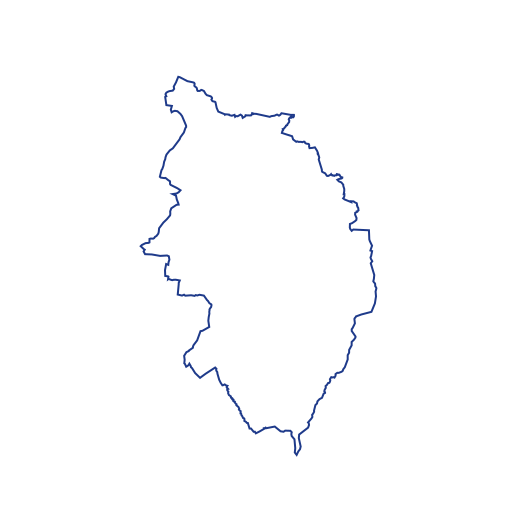 the district of Mioarele, Arges, Romania, rotated 62°
{"feature_id": "2599482B82004798024884", "entity_name": "Mioarele", "entity_type": "district", "adm_level": 2, "iso_a3": "ROU", "parent_name": "Romania", "parent_adm1": "Arges", "projection": "orthographic", "projection_center": [25.1, 45.232], "detail": "fine", "context": "isolated", "style": "outline", "palette": "blue", "viewbox_px": 512, "rotation_deg": 62, "n_neighbors": 0, "source": "geoboundaries", "source_scale": "gbopen_adm2", "svg_char_len": 6107}
<svg xmlns="http://www.w3.org/2000/svg" viewBox="0 0 512 512"><g transform="rotate(62 256 256)"><path d="M354.4,346.4L354.6,346.0L354.7,343.9L355.9,343.4L357.2,342.2L357.6,343.1L358.1,343.5L360.3,343.0L360.2,344.0L361.2,344.4L362.9,344.1L363.9,345.0L366.0,345.2L368.2,344.1L369.2,344.6L369.7,344.5L370.3,343.8L371.3,344.3L371.6,344.2L371.9,343.4L372.3,343.3L373.3,344.1L374.5,343.2L374.7,343.6L377.0,343.2L377.8,342.8L378.6,343.4L381.0,342.4L383.0,342.5L383.6,343.2L385.1,342.8L385.8,342.4L387.6,343.5L387.8,343.2L388.1,343.1L390.0,343.6L390.8,343.3L392.9,343.5L393.6,342.8L394.4,342.7L396.2,343.7L397.7,342.7L399.0,342.5L399.6,341.6L405.3,342.7L406.0,341.4L410.1,340.6L410.6,339.5L412.5,339.4L412.6,335.2L412.4,329.9L411.8,329.8L412.2,328.8L412.1,328.1L412.8,328.0L415.4,319.5L422.3,316.6L424.1,314.2L423.9,312.2L426.5,307.7L428.4,307.2L429.8,308.4L431.7,309.0L435.9,308.1L444.2,311.6L447.7,314.0L450.7,313.5L448.4,310.4L447.3,307.9L445.2,306.0L436.9,303.7L433.9,301.7L432.0,290.6L430.1,288.5L428.4,287.9L427.4,288.2L425.5,283.3L424.6,281.8L422.6,281.0L422.0,279.6L420.8,277.8L419.8,277.4L415.5,273.5L414.9,271.4L413.2,270.0L412.2,267.1L412.2,264.3L409.3,260.9L409.3,259.3L408.7,259.0L407.5,259.2L406.4,258.2L405.2,256.3L403.5,255.6L403.1,253.9L402.0,252.0L402.4,250.8L401.7,249.7L400.7,248.8L399.5,248.6L398.3,246.4L399.2,245.4L399.4,244.4L400.2,243.8L399.1,242.0L397.6,241.2L397.3,239.1L398.0,237.8L398.4,234.8L398.1,233.3L397.0,232.2L395.9,229.8L390.4,223.6L386.6,221.6L385.1,219.2L382.6,217.8L379.8,213.5L376.8,211.9L375.9,208.8L374.7,206.5L373.8,205.9L367.2,206.7L365.6,205.9L364.8,204.3L361.9,200.3L357.8,198.7L357.2,197.9L356.9,196.9L356.3,196.1L357.1,190.4L359.5,180.3L353.7,173.3L348.0,169.0L343.5,167.1L341.2,165.0L340.3,164.7L338.8,164.9L336.2,163.8L334.5,164.2L333.4,164.3L331.6,162.7L328.3,160.5L316.3,158.1L315.2,155.8L312.6,155.9L311.1,155.6L310.8,155.3L310.0,154.3L306.2,151.2L304.9,152.4L303.6,151.1L301.4,148.7L296.4,148.5L294.6,148.2L286.3,144.2L278.3,157.7L278.7,159.7L276.3,160.1L274.9,159.8L271.8,158.0L272.1,155.8L271.7,152.0L271.3,150.5L269.7,149.4L266.0,149.1L264.4,148.1L264.5,146.0L264.0,145.9L264.2,145.4L263.8,144.0L262.4,143.6L262.0,143.3L261.1,143.1L260.0,143.4L259.2,143.0L258.6,143.1L257.9,142.6L256.7,142.3L254.9,143.6L253.6,144.2L252.2,146.5L253.1,146.7L247.7,151.2L246.0,152.0L245.3,150.6L244.5,149.8L242.5,148.7L242.4,148.7L242.3,149.3L240.1,147.6L238.2,146.6L235.0,146.0L234.0,145.5L231.1,146.1L229.0,147.8L226.9,148.4L226.9,147.3L227.1,146.0L227.6,144.6L227.7,143.7L227.5,143.1L227.1,142.9L226.4,143.7L225.6,144.1L223.4,144.2L223.1,144.4L222.9,145.5L222.2,145.5L221.6,146.2L222.4,147.3L221.7,149.0L221.9,149.4L220.5,150.5L220.6,150.9L219.5,151.3L219.0,151.3L219.3,152.0L219.2,154.7L218.7,155.6L218.3,155.8L215.5,156.1L212.8,158.0L211.9,157.9L210.6,157.3L200.2,155.3L198.7,153.9L195.9,153.4L195.3,153.7L194.7,153.5L194.8,153.2L194.6,153.0L191.8,152.7L187.7,153.0L187.1,155.2L185.9,158.1L184.1,157.7L183.6,157.2L182.3,156.8L181.7,157.0L180.9,158.2L179.9,159.2L179.3,159.5L177.9,159.5L177.4,160.3L177.3,161.6L176.3,162.7L175.2,164.9L174.3,165.6L173.9,166.5L174.0,166.9L170.5,168.5L167.2,167.9L159.5,175.4L158.1,174.1L157.6,173.0L156.5,172.8L156.7,171.9L156.5,171.0L156.1,170.6L155.6,168.9L155.0,168.4L154.9,167.4L155.1,167.0L154.4,166.3L153.3,163.9L152.0,163.0L150.8,163.0L150.1,162.2L149.5,160.4L149.4,159.4L149.5,159.2L150.5,159.7L150.6,158.5L150.7,157.8L150.9,157.7L150.3,156.8L149.2,156.3L147.6,159.2L141.9,166.5L142.7,168.2L142.9,169.6L142.8,169.9L141.2,170.8L140.9,171.4L140.8,173.8L139.7,176.8L139.6,178.5L130.6,189.1L129.6,190.8L129.5,191.3L129.3,191.1L128.1,192.3L128.5,192.6L129.5,194.4L129.0,195.5L128.4,196.4L128.0,197.3L126.8,199.1L127.6,199.8L127.8,202.9L125.5,202.5L123.9,203.3L124.0,206.6L123.1,207.9L123.3,209.1L121.3,208.7L120.8,211.5L119.1,213.4L118.5,213.4L116.6,216.3L116.7,217.1L116.1,217.1L110.8,221.5L106.8,221.2L101.2,219.6L100.6,219.8L99.0,221.6L98.2,221.9L96.9,221.9L96.3,220.9L95.8,220.6L94.5,220.7L93.7,221.1L90.9,223.9L89.0,224.4L85.9,224.5L84.1,225.8L83.6,226.4L83.8,227.2L83.8,228.3L82.9,230.0L82.1,230.1L80.1,229.5L79.4,229.5L77.2,230.5L76.7,230.5L75.1,229.3L74.0,229.3L73.0,230.2L69.4,234.5L62.4,239.3L61.3,240.5L65.2,245.2L67.8,249.1L70.0,249.8L70.9,251.9L69.8,255.0L69.6,256.6L69.7,258.5L70.6,259.9L72.8,260.2L72.6,260.9L72.9,261.5L80.7,264.3L84.0,259.8L86.8,262.5L89.5,263.0L89.4,261.1L89.7,259.5L91.3,257.4L95.1,256.0L97.8,255.6L108.0,256.5L109.3,257.1L109.9,258.3L113.1,261.7L115.6,266.9L117.1,268.7L121.9,278.9L122.3,282.5L124.4,287.4L126.3,289.5L127.9,290.7L129.6,292.8L132.8,295.3L135.2,297.9L135.8,299.1L140.9,303.7L142.0,303.3L144.2,300.4L144.4,299.5L144.7,299.2L148.5,297.6L149.1,297.0L150.0,297.0L152.1,298.1L153.1,298.0L159.3,293.6L162.5,291.8L163.4,294.3L163.5,296.8L162.2,300.5L165.2,298.3L168.9,299.4L172.6,299.8L174.3,300.2L173.5,302.1L174.1,308.4L176.3,310.8L178.6,311.9L179.8,312.8L181.7,317.5L183.0,322.1L186.0,328.5L189.1,330.6L190.4,331.8L191.6,334.5L191.7,336.2L192.4,337.6L192.4,338.7L191.2,340.7L190.9,342.0L194.0,343.7L194.0,344.6L192.8,347.5L192.7,351.6L193.2,353.2L197.3,351.8L198.2,351.3L199.2,353.1L202.3,353.1L205.7,347.3L210.9,340.6L213.8,334.3L215.3,333.1L218.6,334.2L220.4,336.1L222.6,337.6L220.9,339.1L225.8,343.0L231.0,345.5L232.7,343.2L233.1,343.0L235.3,344.6L235.2,343.9L237.5,341.9L238.1,341.1L238.3,340.0L239.2,338.1L241.8,334.8L243.5,336.9L244.5,337.4L253.3,343.2L256.2,339.9L256.4,337.7L257.8,337.1L258.0,336.7L260.2,331.7L262.4,328.9L262.2,327.6L263.3,326.3L263.7,324.1L266.5,320.6L272.1,319.9L273.1,319.5L275.8,319.3L277.7,318.2L278.4,318.3L280.0,319.6L280.8,321.4L281.4,322.2L281.8,322.3L283.4,323.5L285.0,324.2L287.7,326.4L290.8,328.5L296.7,330.6L296.9,338.4L296.3,340.3L302.9,347.6L305.3,352.8L306.2,354.0L307.4,354.8L308.0,359.8L308.4,360.1L308.2,362.5L310.4,366.3L314.1,367.7L317.1,369.7L317.9,369.4L321.0,369.6L320.9,367.9L320.6,366.6L319.8,365.4L322.5,365.3L323.7,365.6L325.0,365.1L330.8,364.7L337.3,362.6L336.3,355.7L335.3,344.4L337.0,343.9L337.7,344.6L338.7,344.9L340.3,344.7L341.8,345.3L348.0,346.6L351.3,346.7L354.4,346.4Z" fill="none" stroke="#1e3a8a" stroke-width="2"/></g></svg>